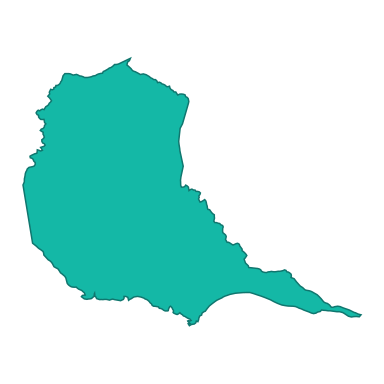 Manaus, Amazonas, Brazil
{"feature_id": "56859067B19740066792798", "entity_name": "Manaus", "entity_type": "district", "adm_level": 2, "iso_a3": "BRA", "parent_name": "Brazil", "parent_adm1": "Amazonas", "projection": "albers", "projection_center": [-60.096, -2.573], "detail": "fine", "context": "isolated", "style": "filled", "palette": "teal", "viewbox_px": 384, "rotation_deg": 0, "n_neighbors": 0, "source": "geoboundaries", "source_scale": "gbopen_adm2", "svg_char_len": 5884}
<svg xmlns="http://www.w3.org/2000/svg" viewBox="0 0 384 384"><path d="M320.2,311.5L321.6,310.0L323.5,310.3L325.5,310.4L328.2,310.8L330.1,310.8L336.8,311.7L339.5,311.7L342.6,312.5L344.2,313.4L348.4,316.2L351.4,317.0L353.9,316.6L356.5,316.5L359.3,316.8L361.0,314.8L358.3,314.1L355.3,312.7L354.1,312.4L349.3,310.0L343.2,307.9L340.1,306.6L337.7,306.2L334.6,306.7L333.0,307.3L331.3,307.2L329.5,305.0L327.5,303.5L325.4,302.9L323.7,301.9L321.1,298.7L318.8,296.3L317.1,294.7L314.6,293.3L312.2,291.9L310.7,291.2L309.0,290.7L307.1,290.4L305.3,290.0L303.8,288.7L302.7,287.6L300.3,286.1L299.0,284.7L297.6,283.1L296.5,281.9L294.1,278.7L291.0,277.5L291.4,276.0L291.1,274.2L289.8,273.0L288.4,272.1L286.8,271.8L286.0,270.4L284.5,269.9L283.0,270.6L281.4,271.0L279.8,271.3L278.0,271.3L276.4,271.6L274.8,271.8L273.1,271.7L271.3,271.4L269.6,271.8L268.1,271.9L266.4,272.6L264.6,272.4L262.9,272.0L261.5,271.2L260.7,269.8L259.4,269.0L257.7,268.5L248.7,267.5L248.3,265.8L247.0,264.5L245.6,263.2L245.0,261.7L244.1,259.1L245.2,258.0L246.8,255.5L245.8,254.0L244.6,252.7L243.4,251.6L242.1,250.7L242.1,249.1L239.7,245.8L239.3,244.3L237.7,243.3L236.2,243.6L234.7,244.3L233.0,245.0L231.5,244.1L230.2,243.2L228.7,242.3L227.1,242.3L225.5,239.4L226.0,237.8L226.2,236.3L225.5,234.9L222.8,232.6L222.6,231.0L222.7,228.5L223.2,226.9L222.6,225.5L220.9,224.8L219.7,223.5L218.0,223.2L216.5,222.6L214.9,222.6L213.8,221.3L214.1,219.8L214.5,218.2L214.3,216.4L214.3,214.8L212.6,213.6L211.5,212.4L210.5,211.0L209.6,209.7L207.9,209.4L207.4,207.9L207.2,206.1L206.6,204.4L206.3,202.5L205.8,200.9L204.7,199.6L203.2,200.6L201.7,201.5L200.1,202.1L199.3,200.6L198.5,198.9L199.2,197.4L198.8,195.9L199.9,194.6L200.4,193.0L199.3,191.9L197.6,191.4L196.0,191.4L195.1,190.1L193.4,190.0L191.9,189.1L190.4,189.6L189.0,190.6L188.4,187.1L187.0,185.8L185.7,185.1L184.7,186.6L183.1,187.2L181.4,187.1L180.7,185.3L180.6,181.6L180.5,180.3L180.9,177.0L183.2,166.2L179.9,150.8L179.7,148.6L179.0,144.3L178.7,141.3L180.1,128.4L181.4,125.9L182.5,123.8L188.4,103.4L188.8,101.5L188.2,98.6L187.2,97.4L185.7,96.7L185.0,94.8L183.2,94.2L181.4,94.0L179.8,94.1L177.8,95.0L176.8,93.6L175.8,92.0L173.9,91.9L172.9,90.5L171.1,89.6L170.0,88.1L169.5,86.2L167.9,86.7L166.6,86.6L165.3,85.3L163.7,84.4L162.0,83.9L160.8,82.8L159.4,82.2L157.6,82.6L156.7,80.7L155.4,79.6L153.7,79.6L152.4,78.6L150.7,77.8L149.2,76.5L146.1,74.7L143.3,73.9L140.3,74.5L138.5,73.4L135.2,71.7L133.3,71.1L132.0,70.0L131.0,68.6L128.3,66.1L127.0,65.1L127.2,63.5L127.8,61.8L129.4,60.7L130.4,58.3L118.3,64.1L116.2,64.5L114.6,64.5L112.7,66.3L111.2,67.4L109.2,68.1L107.9,69.1L104.8,70.9L103.3,71.5L102.5,73.2L100.8,73.4L98.4,74.0L96.8,74.7L95.4,75.6L93.0,76.0L91.5,76.7L89.4,77.2L87.4,77.5L84.6,77.5L83.0,76.7L81.2,76.1L79.6,75.9L78.2,75.1L76.5,74.4L73.1,75.1L71.6,74.4L70.1,73.8L68.6,73.6L64.9,73.6L63.1,75.7L61.7,80.6L60.7,81.9L60.1,83.4L58.9,84.6L57.5,85.4L55.9,85.5L55.6,87.0L53.9,87.6L53.8,89.1L52.2,89.8L50.7,89.3L49.3,92.2L49.7,94.0L47.8,96.2L49.6,98.0L50.6,99.4L51.5,100.8L50.5,102.1L49.2,103.3L48.5,104.8L47.3,105.8L45.8,106.7L44.9,108.1L44.1,109.6L42.5,109.1L41.1,109.7L39.7,110.8L38.2,110.2L36.9,111.4L36.1,112.9L37.1,114.6L38.5,115.3L38.6,117.0L39.5,118.3L40.7,119.4L42.3,119.5L44.0,119.4L44.6,122.6L45.8,123.9L44.5,125.5L44.2,127.3L42.9,128.6L41.3,129.1L40.3,130.5L41.8,131.5L43.2,132.3L43.0,134.1L43.8,135.6L44.3,137.3L43.3,138.6L41.8,139.8L41.9,141.5L42.7,143.0L44.4,143.8L45.1,145.2L44.0,146.3L40.6,147.4L41.6,148.8L42.4,150.3L40.6,151.0L39.0,150.3L37.3,149.8L37.2,151.5L36.8,153.3L34.7,153.8L31.5,155.3L30.0,156.2L30.3,157.8L31.8,158.2L33.1,159.3L33.7,161.0L35.2,162.6L35.2,164.6L34.0,166.2L32.3,166.7L29.0,167.4L27.3,168.9L26.6,170.7L25.8,172.1L25.3,173.7L25.1,175.4L24.8,177.0L24.4,178.7L24.3,182.0L23.0,185.0L32.6,243.2L36.5,246.3L37.7,247.5L39.0,248.6L40.6,249.6L43.1,251.5L43.6,253.1L43.9,255.1L45.5,256.8L48.2,259.8L49.9,260.8L51.5,262.3L52.5,263.8L54.0,266.7L56.3,268.0L57.8,268.7L59.1,270.5L60.5,272.8L62.0,273.9L64.8,276.3L65.9,278.1L66.8,281.8L67.3,283.5L68.5,284.9L69.9,286.0L71.3,286.8L72.9,287.1L74.6,287.2L76.2,287.1L77.5,288.3L78.8,289.2L81.8,290.5L83.0,291.7L84.3,292.7L85.2,295.0L82.4,295.4L81.4,296.7L84.3,298.9L86.9,299.3L88.4,299.0L89.9,298.9L91.6,298.5L92.8,297.3L94.2,296.4L94.1,295.7L94.3,294.8L94.3,293.9L94.6,293.3L94.7,294.3L94.8,295.2L94.7,295.9L96.0,297.2L96.6,298.6L98.1,299.1L99.6,299.6L101.3,299.5L102.9,299.6L104.6,299.4L106.3,299.4L107.9,299.7L109.5,300.1L111.1,299.5L112.8,299.1L114.4,299.6L119.1,300.4L120.6,300.7L123.4,299.4L124.1,297.9L124.0,296.4L125.7,296.4L127.8,297.3L128.6,300.3L129.9,299.3L131.5,298.6L132.7,297.7L134.2,296.9L137.6,296.4L140.8,297.0L142.2,297.5L143.9,298.1L145.1,299.0L146.7,299.5L148.0,300.4L149.2,301.5L150.2,302.9L151.4,303.8L152.2,305.4L153.5,306.2L155.3,306.3L158.5,306.9L159.3,308.3L160.8,308.5L162.4,309.2L163.6,310.2L165.1,310.9L167.5,310.9L168.3,310.6L168.5,309.3L169.0,308.0L169.7,306.7L170.6,306.2L171.2,306.9L172.0,307.7L172.6,309.1L173.4,310.3L173.5,311.1L173.1,312.5L173.9,313.2L175.6,314.0L177.1,314.5L178.6,313.8L179.9,312.7L181.0,313.9L182.4,314.7L183.4,315.9L185.1,316.5L186.4,317.4L187.8,318.2L189.8,319.0L191.1,320.5L189.8,321.0L189.1,320.8L188.5,320.6L187.7,321.0L188.1,321.7L190.0,323.4L188.2,323.8L189.4,325.7L191.0,324.7L192.5,324.3L194.3,324.0L195.8,322.8L196.3,321.1L197.9,321.7L198.6,319.8L198.9,317.9L199.4,316.8L199.8,315.9L201.6,315.1L202.0,313.2L203.8,311.8L205.3,311.2L206.3,309.8L207.4,308.3L209.4,305.9L212.0,303.8L215.3,301.3L217.1,300.1L222.0,297.8L223.3,296.9L225.3,296.0L227.2,295.4L229.9,294.4L235.6,293.2L240.4,292.8L243.1,292.6L246.6,292.5L249.9,292.5L253.3,293.5L257.4,294.9L261.1,296.1L265.1,297.6L270.5,299.8L274.0,301.7L277.4,303.3L281.8,305.0L285.1,305.6L287.8,306.0L289.9,306.1L292.7,306.2L295.3,306.5L297.4,307.3L299.2,308.2L301.4,308.9L303.9,310.1L309.1,312.0L311.3,313.0L313.6,313.6L316.0,313.1L317.5,312.1L320.2,311.5Z" fill="#14b8a6" stroke="#0f766e" stroke-width="1.5"/></svg>